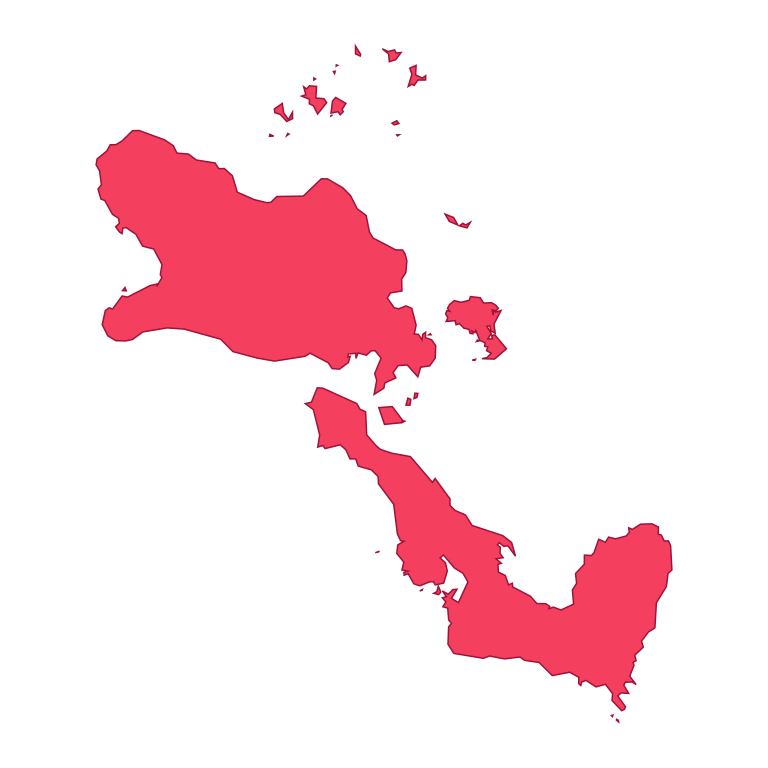 Esa'ala District, Milne Bay, Papua New Guinea (Mercator projection)
{"feature_id": "67681753B65258827036221", "entity_name": "Esa'ala District", "entity_type": "district", "adm_level": 2, "iso_a3": "PNG", "parent_name": "Papua New Guinea", "parent_adm1": "Milne Bay", "projection": "mercator", "projection_center": [150.879, -9.618], "detail": "fine", "context": "isolated", "style": "filled", "palette": "rose", "viewbox_px": 768, "rotation_deg": 0, "n_neighbors": 0, "source": "geoboundaries", "source_scale": "gbopen_adm2", "svg_char_len": 6110}
<svg xmlns="http://www.w3.org/2000/svg" viewBox="0 0 768 768"><path d="M139.1,130.5L132.5,130.7L122.0,141.0L115.8,144.7L110.2,144.8L106.6,151.2L97.1,158.9L96.1,164.8L99.6,170.9L101.4,184.8L98.0,189.0L100.9,199.0L104.8,200.5L112.5,214.4L118.5,218.2L119.4,223.3L115.6,226.8L119.3,231.8L122.0,233.7L122.9,228.1L126.0,227.5L136.0,234.4L142.6,246.2L153.7,249.0L162.0,264.6L160.3,274.5L161.9,277.5L156.8,286.5L157.1,284.0L150.0,285.6L127.5,297.1L122.1,296.0L112.6,309.0L109.1,307.8L105.3,310.6L102.2,324.7L107.8,335.8L115.9,340.7L125.9,340.9L132.5,339.5L143.0,331.9L167.1,327.9L184.3,329.1L220.7,339.2L232.9,351.6L257.8,358.2L274.6,361.1L305.0,356.3L310.1,353.2L328.3,362.8L332.1,368.6L339.6,369.1L348.4,362.5L350.2,356.3L347.8,357.0L348.4,354.0L355.8,353.3L356.0,358.3L358.1,352.9L366.4,355.2L371.1,350.9L375.1,350.7L381.1,358.1L374.7,373.6L376.7,380.2L374.1,394.4L383.8,388.2L384.9,382.9L395.9,377.9L393.1,372.6L398.1,365.6L407.3,365.0L417.8,376.8L420.7,367.2L429.7,365.9L435.2,358.2L435.7,345.6L431.6,339.8L425.5,337.7L425.6,332.3L422.8,334.3L422.0,339.9L418.4,334.3L414.3,334.1L416.1,325.1L411.8,308.4L406.1,305.9L398.7,308.8L394.2,307.8L387.3,298.0L390.5,292.9L401.9,291.0L401.7,278.9L405.8,272.6L406.9,260.8L405.0,253.7L402.6,250.0L395.7,249.9L373.0,238.0L369.4,231.9L366.2,215.5L357.3,208.9L350.5,195.6L342.9,187.9L327.6,178.9L321.3,178.8L303.3,196.1L276.8,196.5L270.9,202.3L266.9,202.7L254.4,199.7L237.3,192.2L232.4,175.8L224.3,168.5L218.8,168.7L215.1,163.0L196.3,160.0L188.4,154.0L176.9,153.1L173.4,145.8L164.7,139.9L139.1,130.5ZM317.3,387.8L311.4,402.2L305.3,403.6L313.4,409.7L319.7,435.1L317.7,447.1L323.0,445.5L325.1,448.6L340.3,444.8L345.9,449.8L350.0,458.9L355.7,458.9L358.3,466.2L371.3,469.8L378.1,476.5L378.5,483.9L393.7,504.3L397.4,533.9L400.6,540.7L403.9,541.3L397.7,545.0L396.8,553.4L403.8,562.2L401.9,570.0L407.9,571.1L403.9,572.5L404.1,575.2L408.2,573.7L413.8,583.8L419.9,585.8L429.7,581.8L433.5,581.8L435.3,584.9L443.7,583.1L447.3,571.1L445.5,562.9L440.1,557.9L443.5,555.0L454.3,567.9L463.0,573.3L467.9,582.0L458.4,602.6L451.5,598.4L457.0,589.2L452.8,589.6L448.2,594.3L442.4,590.9L446.3,596.7L442.3,597.8L445.8,601.9L442.9,606.8L447.7,608.1L448.7,620.0L451.5,623.4L448.6,626.9L448.0,644.3L453.8,653.4L483.4,658.3L489.6,656.0L504.5,658.9L519.9,657.0L524.5,660.3L539.1,662.5L552.3,675.6L569.6,672.2L578.8,677.3L578.7,683.7L580.8,685.5L581.7,682.0L586.0,680.4L596.0,686.9L605.4,684.3L612.6,693.7L612.0,700.5L621.7,710.7L624.4,709.4L625.5,706.8L617.8,696.0L621.0,692.9L628.7,693.4L623.8,685.3L625.3,682.2L632.3,682.0L636.1,684.6L629.7,676.2L634.0,665.3L633.1,662.4L636.1,660.6L634.7,655.2L643.3,647.1L641.5,641.1L648.4,632.0L654.9,627.9L656.4,602.8L666.4,586.5L668.0,573.5L671.9,569.9L670.6,545.8L668.5,540.9L664.2,541.0L661.4,535.1L658.3,534.2L658.4,527.0L651.9,523.8L640.5,524.2L632.4,529.4L628.7,527.8L629.3,532.3L626.2,536.0L615.5,538.8L608.6,537.1L605.4,542.3L598.7,539.3L594.0,552.7L591.5,555.5L584.4,555.1L584.3,564.2L575.5,573.6L576.6,583.3L572.4,589.9L573.6,604.1L561.0,610.0L553.3,607.1L548.9,608.7L549.7,606.4L545.8,603.7L536.8,603.5L530.4,596.2L512.7,587.0L512.4,583.2L508.5,584.8L505.3,575.5L498.5,572.2L497.9,564.3L501.3,563.3L496.1,558.7L503.2,557.7L500.0,553.5L500.3,547.2L497.4,544.9L499.3,542.6L503.8,546.4L507.9,545.8L515.5,556.2L511.6,542.5L502.7,535.6L472.1,525.5L465.4,514.9L455.1,510.5L450.0,505.4L450.0,498.9L435.1,478.5L432.4,482.4L410.4,456.6L391.7,453.2L380.4,449.4L375.5,445.1L366.7,434.8L365.6,411.7L360.0,409.3L356.7,403.5L322.8,388.2L317.3,387.8ZM480.2,297.7L470.4,296.6L469.3,300.3L460.9,302.3L454.3,300.6L449.6,304.5L447.5,308.4L449.8,311.3L446.9,310.7L445.6,313.8L447.8,317.7L446.1,321.5L455.1,320.7L456.1,324.8L459.5,323.6L463.9,328.2L468.9,329.3L470.1,333.4L473.0,333.7L472.0,331.0L474.9,332.6L475.8,330.4L479.7,340.3L485.1,342.8L484.6,346.4L487.8,346.8L486.5,350.7L491.3,353.2L487.0,357.6L482.0,358.7L494.5,359.1L506.5,348.8L494.9,334.9L491.6,335.3L492.4,339.0L487.8,338.9L491.2,333.6L486.9,326.3L490.0,325.9L490.6,330.8L495.2,333.2L494.0,324.1L501.0,310.5L495.8,312.1L493.7,310.5L493.2,315.2L492.2,310.0L496.0,310.7L498.3,308.2L495.6,305.1L491.6,302.7L483.7,303.1L480.2,297.7ZM316.6,86.4L309.4,85.8L306.6,88.9L303.7,86.8L305.8,94.7L301.6,96.1L309.5,99.3L309.3,103.8L313.4,105.7L317.6,114.0L326.7,102.6L324.0,98.7L315.8,98.0L316.6,86.4ZM392.3,406.6L378.8,407.6L384.5,424.4L401.7,422.7L402.3,420.0L392.3,406.6ZM343.3,111.7L342.1,109.4L345.9,103.4L335.7,97.4L332.5,101.1L331.0,113.1L337.9,111.7L340.2,114.8L343.3,111.7ZM422.3,78.1L415.6,74.9L416.1,65.4L409.8,68.1L411.9,74.3L408.2,86.5L412.0,84.2L414.1,85.5L417.9,80.1L425.6,80.0L425.7,75.7L422.3,78.1ZM388.1,51.5L382.3,48.8L388.6,54.0L389.3,61.7L395.7,59.7L401.1,52.5L396.1,53.0L394.6,49.9L388.1,51.5ZM283.6,112.6L282.3,103.4L274.3,109.0L274.9,112.7L280.3,114.4L286.7,121.5L292.6,118.6L292.5,112.2L288.4,119.6L283.6,112.6ZM457.8,225.0L453.6,217.5L445.1,214.1L449.3,221.4L457.8,225.0ZM467.0,227.9L470.3,222.3L465.7,225.0L462.8,223.3L459.4,225.8L467.0,227.9ZM440.8,592.1L438.3,586.2L436.8,591.7L433.8,593.3L438.6,594.6L440.8,592.1ZM410.0,405.1L410.8,399.4L407.9,398.1L406.0,405.1L410.0,405.1ZM360.2,56.1L360.7,54.4L355.5,46.1L355.5,53.8L360.2,56.1ZM398.9,123.5L396.8,120.8L392.0,123.2L394.3,124.9L398.9,123.5ZM414.0,398.6L416.9,397.5L417.8,393.4L414.9,393.2L414.0,398.6ZM126.3,290.8L125.0,287.5L122.5,290.6L126.3,290.8ZM269.5,136.3L273.7,136.1L269.9,134.4L269.5,136.3ZM375.3,552.7L378.6,551.9L379.4,551.2L375.3,552.7ZM472.2,360.1L474.9,360.4L475.5,359.3L472.2,360.1ZM286.7,135.7L289.0,134.1L287.7,133.5L286.7,135.7ZM397.4,135.9L399.2,134.8L396.8,134.8L397.4,135.9ZM334.6,73.6L335.2,71.2L333.4,71.6L334.6,73.6ZM313.8,80.0L315.5,79.0L313.9,78.0L313.8,80.0ZM618.6,721.9L618.4,720.3L616.7,719.3L616.4,720.1L618.6,721.9ZM476.5,341.5L479.0,340.9L477.4,340.1L476.5,341.5ZM419.8,591.0L422.2,590.2L422.4,589.5L419.8,591.0ZM428.7,334.8L431.0,334.8L430.3,333.7L428.7,334.8ZM330.9,116.0L332.6,115.1L331.0,115.5L330.9,116.0ZM612.4,716.6L612.9,715.1L611.4,715.5L612.4,716.6ZM403.0,422.1L404.8,421.2L403.8,420.8L403.0,422.1ZM336.2,66.1L337.6,65.3L336.3,64.9L336.2,66.1Z" fill="#f43f5e" stroke="#9f1239" stroke-width="1.5"/></svg>